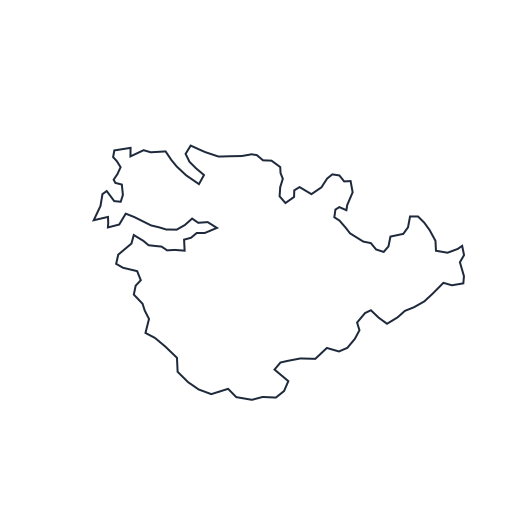 the district of Goseong-gun, South Gyeongsang, South Korea, rotated 220°
{"feature_id": "91817680B97433571779884", "entity_name": "Goseong-gun", "entity_type": "district", "adm_level": 2, "iso_a3": "KOR", "parent_name": "South Korea", "parent_adm1": "South Gyeongsang", "projection": "equal_earth", "projection_center": [128.32, 35.009], "detail": "fine", "context": "isolated", "style": "outline", "palette": "slate", "viewbox_px": 512, "rotation_deg": 220, "n_neighbors": 0, "source": "geoboundaries", "source_scale": "gbopen_adm2", "svg_char_len": 2150}
<svg xmlns="http://www.w3.org/2000/svg" viewBox="0 0 512 512"><g transform="rotate(220 256 256)"><path d="M144.5,215.3L142.6,231.1L131.1,236.2L127.0,244.3L127.0,256.0L129.0,265.6L135.8,270.0L135.8,282.4L133.1,288.3L122.3,287.6L112.1,288.3L108.1,300.0L106.7,309.6L102.0,318.4L97.9,329.4L96.5,340.4L95.2,355.9L87.1,359.5L79.6,368.3L83.7,374.2L95.8,382.3L97.2,390.4L104.6,396.3L106.0,391.1L111.4,381.6L121.5,375.7L128.3,383.0L139.8,387.5L148.6,389.7L157.3,390.4L163.4,385.3L158.0,375.7L157.4,367.6L165.5,357.3L160.7,348.5L160.8,341.2L168.2,338.2L176.3,339.7L183.1,336.0L198.6,333.8L205.4,335.3L214.8,336.8L220.9,336.0L225.0,342.6L223.6,347.0L216.2,349.2L218.9,353.7L222.9,366.9L231.7,374.2L236.4,369.8L243.9,371.3L250.0,367.6L251.3,361.0L250.0,350.7L253.3,339.0L266.9,336.8L268.9,330.9L264.8,325.7L267.5,315.5L276.3,316.9L281.7,324.3L285.1,332.4L290.5,335.3L294.6,339.7L299.3,339.4L305.4,339.0L309.3,336.0L312.1,333.8L313.0,333.8L320.3,333.8L325.0,330.9L325.8,329.8L331.1,323.5L340.5,315.3L344.4,311.8L348.6,308.1L361.5,303.0L365.2,301.9L368.0,301.1L377.0,298.6L375.6,289.0L367.5,285.4L358.1,284.6L347.9,284.6L345.9,274.4L361.5,272.9L374.3,273.6L382.4,275.1L392.5,278.0L403.3,267.8L410.1,264.8L416.2,251.6L421.6,258.2L432.4,245.8L429.0,239.9L423.6,239.2L416.8,237.0L414.8,229.6L414.1,223.0L410.7,221.6L404.7,224.5L397.2,217.2L394.5,210.6L399.9,206.9L412.1,209.8L413.4,204.7L407.3,194.4L403.3,179.1L394.5,190.8L390.5,186.4L387.8,182.7L381.0,192.2L383.0,204.7L374.3,207.6L356.0,212.0L348.6,215.7L341.8,218.6L333.7,225.2L330.4,234.0L329.0,243.6L321.6,244.3L314.8,250.9L304.0,252.4L310.1,240.6L316.2,235.5L317.5,228.2L321.6,222.3L314.1,214.2L322.2,208.4L327.7,203.2L334.4,202.5L339.8,198.8L345.2,195.2L352.0,195.2L363.1,193.5L359.4,185.4L362.4,168.5L358.1,160.1L350.3,161.5L337.3,168.0L328.7,163.4L329.1,155.9L324.8,147.9L312.2,146.5L306.2,142.7L297.5,139.0L291.2,126.0L280.6,128.3L266.9,128.3L251.1,127.2L241.6,116.9L226.8,115.7L214.2,116.9L201.5,121.4L192.0,136.3L180.4,135.2L166.7,143.2L160.3,152.3L149.8,160.3L147.7,170.6L150.8,180.9L168.8,180.9L168.8,190.1L164.5,195.8L156.1,206.1L144.5,215.3Z" fill="none" stroke="#1e293b" stroke-width="2"/></g></svg>